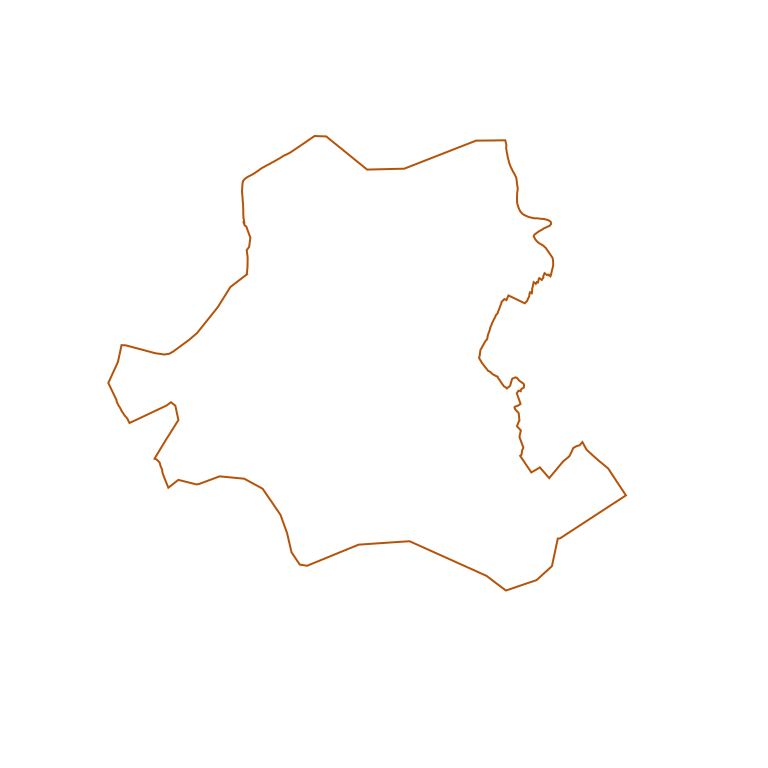 Hamdan, Sana'a, Yemen, rotated 326°
{"feature_id": "15242507B55222910003716", "entity_name": "Hamdan", "entity_type": "district", "adm_level": 2, "iso_a3": "YEM", "parent_name": "Yemen", "parent_adm1": "Sana'a", "projection": "robinson", "projection_center": [44.106, 15.48], "detail": "fine", "context": "isolated", "style": "outline", "palette": "amber", "viewbox_px": 768, "rotation_deg": 326, "n_neighbors": 0, "source": "geoboundaries", "source_scale": "gbopen_adm2", "svg_char_len": 5998}
<svg xmlns="http://www.w3.org/2000/svg" viewBox="0 0 768 768"><g transform="rotate(326 384 384)"><path d="M499.7,463.0L499.8,461.5L499.1,459.9L498.4,458.0L498.2,457.4L497.9,456.3L497.8,454.8L497.6,453.3L496.9,452.3L496.7,452.0L495.3,451.7L494.0,451.5L493.8,451.4L493.2,451.4L492.3,452.1L491.8,452.4L490.7,453.3L490.1,453.8L489.9,454.1L489.1,454.6L488.4,455.4L487.9,455.7L487.7,455.8L486.8,456.1L486.2,456.2L484.8,456.2L483.9,456.2L483.4,456.4L483.3,455.9L483.0,454.8L482.8,454.3L482.4,453.5L482.1,453.0L482.1,450.8L482.0,450.2L482.0,446.4L482.1,445.9L482.1,445.4L482.0,444.4L482.0,444.1L482.0,442.9L482.0,442.6L482.0,442.2L482.3,441.5L482.1,441.2L481.2,439.9L481.0,439.2L480.4,438.2L479.6,436.8L479.2,435.2L479.0,434.1L478.9,433.4L477.7,431.4L477.0,421.7L477.3,415.7L480.1,413.1L480.1,412.9L483.0,409.7L492.4,405.0L494.5,404.6L496.0,403.0L497.7,401.4L498.7,400.7L500.3,399.4L501.5,398.7L503.9,396.5L505.7,395.4L507.9,393.8L509.9,392.7L511.1,392.0L511.3,391.9L511.9,391.6L513.9,390.4L515.5,389.4L516.6,389.2L517.3,389.1L527.6,381.8L527.6,381.6L531.3,380.9L532.4,382.9L536.7,380.2L541.6,388.6L545.8,395.8L546.9,395.6L548.8,395.3L550.7,394.1L551.5,393.5L552.9,392.9L554.1,391.8L555.1,390.5L556.5,389.6L557.2,391.5L557.6,391.2L560.3,387.7L561.6,386.6L561.9,386.3L565.0,383.3L565.4,384.3L565.9,385.5L565.9,385.8L566.7,385.4L567.6,385.0L568.2,386.0L568.6,385.8L569.9,384.6L570.2,384.3L571.1,383.4L571.5,383.1L571.9,383.0L573.0,386.0L574.5,385.3L575.8,384.8L576.2,383.8L579.1,381.9L579.3,382.4L579.3,382.8L579.9,384.5L580.3,384.6L580.6,384.8L580.8,385.6L581.8,385.6L581.8,386.5L582.0,387.3L582.2,387.8L582.7,387.4L583.9,386.5L584.9,385.5L586.4,384.1L587.6,383.0L589.4,381.5L590.6,380.2L591.3,379.3L591.6,378.8L592.5,377.3L593.4,375.7L593.9,374.6L594.2,374.0L594.3,373.0L594.3,372.8L594.2,361.8L593.8,360.2L593.4,358.3L592.8,356.9L592.1,355.6L591.4,354.1L590.9,352.7L590.5,350.6L590.3,348.7L590.5,347.0L590.6,345.5L591.7,344.5L593.0,344.2L594.4,344.2L595.8,344.1L598.8,344.1L600.5,344.4L603.3,344.4L604.8,344.6L606.4,344.9L607.6,345.0L607.9,345.1L609.4,345.5L610.7,345.2L612.1,344.7L612.4,344.0L612.9,342.7L612.3,341.1L611.8,340.2L611.4,339.5L610.5,338.5L610.4,338.4L609.2,337.0L608.2,336.0L606.9,335.2L605.8,334.2L605.1,333.5L604.4,332.9L603.0,331.8L601.8,331.1L600.6,330.0L599.5,328.8L598.5,327.8L597.6,326.7L596.5,325.2L595.5,323.5L594.7,322.2L594.1,320.9L593.7,319.1L593.6,317.8L593.6,317.5L593.6,316.0L593.9,314.5L594.2,312.9L594.6,311.4L595.1,309.9L595.6,308.4L596.5,306.9L597.2,305.8L597.3,305.7L598.1,304.4L598.4,304.0L599.1,303.0L600.2,301.5L601.1,300.3L601.1,300.2L602.1,299.1L602.4,298.8L603.2,298.0L603.7,297.3L603.9,297.1L604.2,296.7L604.6,295.8L605.0,295.1L606.0,292.8L606.7,291.5L607.4,290.2L608.7,287.6L609.1,286.1L609.5,283.7L609.7,281.8L609.7,280.3L610.0,278.5L610.2,276.9L610.3,275.4L610.8,273.4L611.2,272.0L611.2,271.7L611.5,270.4L612.2,268.7L612.7,267.2L613.0,266.5L613.3,265.6L613.9,264.0L614.6,262.7L615.1,261.2L615.8,259.7L616.5,258.2L617.3,256.5L619.0,254.5L620.8,249.8L617.8,247.8L610.0,242.7L596.4,233.7L521.1,216.8L519.0,215.4L489.9,196.8L489.7,196.1L484.9,180.4L479.4,162.3L476.6,153.4L474.6,146.5L465.1,139.6L441.0,139.7L436.0,139.7L434.1,139.5L432.5,139.3L430.8,139.2L429.5,138.7L428.1,138.7L426.6,138.6L425.1,138.6L423.3,138.5L421.9,138.3L420.3,138.3L418.4,138.1L416.4,138.0L415.0,137.7L413.6,137.7L412.1,137.6L410.5,137.3L409.1,137.2L407.5,137.0L405.8,137.0L404.4,136.7L401.5,136.7L399.9,136.8L393.3,136.8L391.5,136.6L390.0,136.5L388.7,136.3L387.2,136.1L383.8,136.1L382.5,136.4L381.2,136.7L380.0,137.4L378.7,138.9L377.4,140.5L376.5,141.6L375.6,142.9L374.5,144.2L373.6,145.5L372.9,146.8L372.1,148.3L371.4,149.6L370.5,151.2L369.6,152.5L369.0,153.8L368.2,155.2L367.4,156.6L366.4,158.2L365.4,159.8L364.6,161.1L363.7,162.4L362.4,164.4L361.5,165.9L360.6,167.3L360.0,168.7L359.2,170.3L358.5,172.0L357.9,171.6L357.2,174.6L357.9,176.4L355.0,188.0L348.9,194.9L345.0,196.3L341.7,202.9L336.1,210.9L331.9,215.9L331.9,216.4L310.9,217.7L289.3,227.3L257.6,237.2L247.2,238.4L240.0,238.7L227.4,239.2L222.7,238.8L218.2,236.6L215.4,234.0L211.7,230.7L191.6,207.6L188.1,205.0L186.1,207.0L175.8,216.9L156.0,229.0L153.3,247.5L152.7,248.9L152.3,250.4L152.1,252.0L151.9,253.6L151.9,255.2L151.8,257.0L151.4,259.2L151.4,260.7L151.4,262.6L151.4,264.5L151.5,266.3L151.8,267.9L151.9,269.5L151.7,270.3L151.2,274.0L158.7,275.2L192.1,280.3L192.3,280.2L197.2,280.0L198.9,285.3L193.4,298.9L175.6,306.8L173.6,307.6L171.8,308.4L152.0,317.6L153.1,319.1L153.7,321.1L153.9,322.6L153.9,322.8L154.1,323.5L152.9,327.0L152.2,330.7L150.7,333.8L149.8,337.3L147.2,349.4L159.9,348.5L172.3,362.3L174.5,363.4L175.7,363.7L179.0,364.5L190.9,367.4L196.0,368.6L213.4,382.9L215.2,384.4L215.4,384.8L218.3,390.4L224.8,402.9L225.0,428.7L225.0,434.7L220.3,453.3L213.2,471.9L213.2,472.1L213.2,486.4L213.2,486.6L214.6,487.9L214.8,488.1L218.6,491.7L223.5,492.7L251.6,498.5L273.1,503.0L275.0,504.1L279.0,506.4L307.3,522.8L308.0,523.2L317.3,528.7L361.7,600.4L364.3,608.0L365.1,610.4L369.6,623.4L382.9,627.0L391.5,629.3L400.7,631.9L411.1,630.4L421.4,628.9L421.8,628.5L430.6,620.0L440.3,610.6L441.6,609.3L443.6,610.4L503.7,611.3L513.2,611.5L522.3,611.6L522.3,607.4L522.4,599.9L522.4,595.1L522.5,589.6L522.6,579.4L521.6,575.9L520.1,570.8L519.3,568.2L518.9,566.7L518.7,565.9L517.3,560.4L516.3,556.3L515.2,551.9L515.4,549.5L515.8,545.4L516.0,543.1L511.8,544.2L511.5,544.1L509.2,543.2L507.8,543.1L505.1,542.9L503.2,544.1L500.6,545.7L497.1,547.6L494.1,547.9L490.4,548.2L489.4,548.3L468.3,554.4L466.6,540.3L464.7,540.2L464.1,540.2L456.7,539.7L456.7,519.7L458.4,519.5L459.0,519.0L459.5,518.4L460.3,517.5L461.7,516.0L463.2,515.2L464.1,514.4L465.1,510.0L466.7,503.6L471.5,499.0L471.5,498.9L471.1,496.4L470.6,493.3L475.4,490.1L475.8,490.1L479.3,483.6L479.3,483.2L479.3,482.4L479.2,482.1L478.6,478.9L478.9,476.7L479.3,476.2L480.0,476.1L483.2,476.9L486.0,476.9L486.3,476.1L488.9,465.9L491.6,464.8L492.5,465.3L493.3,466.4L494.1,465.5L495.2,465.0L495.6,465.0L496.5,465.1L497.9,465.2L499.7,463.0Z" fill="none" stroke="#b45309" stroke-width="2"/></g></svg>